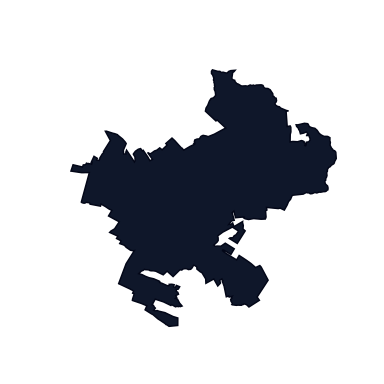 Zorleni, Vaslui, Romania (orthographic projection), rotated 300°
{"feature_id": "2599482B17229332090255", "entity_name": "Zorleni", "entity_type": "district", "adm_level": 2, "iso_a3": "ROU", "parent_name": "Romania", "parent_adm1": "Vaslui", "projection": "orthographic", "projection_center": [27.762, 46.269], "detail": "fine", "context": "isolated", "style": "filled", "palette": "ink", "viewbox_px": 384, "rotation_deg": 300, "n_neighbors": 0, "source": "geoboundaries", "source_scale": "gbopen_adm2", "svg_char_len": 6068}
<svg xmlns="http://www.w3.org/2000/svg" viewBox="0 0 384 384"><g transform="rotate(300 192 192)"><path d="M293.1,300.2L298.4,296.6L299.1,294.8L298.5,293.7L299.2,292.7L299.8,290.8L301.6,288.1L304.2,287.0L305.3,285.8L308.0,284.3L308.0,281.7L306.2,278.5L306.0,275.6L306.3,273.0L308.0,269.5L308.6,266.6L307.6,263.6L307.3,260.9L308.9,258.5L308.9,257.8L307.7,255.0L303.1,250.1L302.3,248.6L301.1,249.8L300.5,252.0L299.4,253.3L299.0,254.4L296.6,256.8L298.9,259.3L301.3,261.1L300.3,263.3L299.6,262.9L298.2,263.1L298.3,263.5L299.8,264.2L297.3,267.5L295.9,268.3L293.8,268.0L292.3,266.1L289.8,267.4L289.1,267.4L288.8,267.3L288.6,266.4L289.9,266.2L290.7,265.2L290.7,264.2L291.1,264.4L291.7,263.8L291.6,262.2L291.2,261.0L288.3,258.3L286.1,253.9L284.4,251.9L291.0,248.3L293.5,247.6L297.5,245.2L298.3,244.0L296.3,241.7L309.0,233.1L310.5,235.1L309.8,232.9L309.1,227.5L309.1,226.4L309.5,225.2L309.4,224.4L308.9,223.9L309.0,221.5L309.3,220.4L310.4,219.4L311.7,219.8L313.3,219.6L315.3,218.0L315.0,216.6L315.7,215.1L315.5,214.2L317.5,212.8L319.6,208.6L319.6,206.0L318.4,203.6L318.4,202.4L318.8,201.4L319.4,200.9L319.8,199.9L319.4,198.3L316.7,194.1L315.9,193.6L315.3,192.6L315.3,191.7L314.5,191.0L313.8,189.6L313.8,188.9L311.3,187.1L310.9,185.6L308.9,182.5L308.5,181.5L308.6,178.3L308.3,176.5L309.1,174.1L310.1,173.1L309.7,171.9L310.0,169.8L315.8,167.5L317.2,168.2L319.0,168.5L316.5,164.9L314.8,163.5L312.9,163.0L312.1,162.1L311.3,159.0L310.2,157.7L310.4,155.8L309.4,154.1L308.0,148.6L306.3,148.5L304.3,149.7L303.7,151.3L301.5,154.0L299.7,154.6L298.8,155.9L298.0,156.1L296.9,157.4L295.5,158.2L295.0,159.1L293.7,159.0L291.9,160.1L290.5,162.0L287.5,164.2L284.3,163.5L282.5,161.8L281.7,161.7L279.5,161.6L274.9,162.3L271.7,162.2L268.7,163.2L265.5,177.2L266.9,177.8L264.3,189.2L253.2,182.4L248.0,178.3L247.7,176.5L246.6,173.3L245.1,172.2L244.4,171.9L241.7,171.8L240.4,169.9L238.5,168.4L236.9,168.8L235.9,170.0L235.0,169.3L234.6,170.3L230.3,167.4L224.1,163.9L225.0,161.4L224.8,161.0L225.9,157.4L227.9,151.3L228.7,147.7L220.9,145.1L220.2,147.0L213.6,145.0L214.1,142.0L210.6,140.6L208.8,139.0L204.7,137.2L204.1,136.2L204.0,133.8L200.5,141.5L198.0,139.9L200.1,136.5L203.7,128.9L202.7,128.5L203.9,125.8L202.2,124.1L199.0,122.6L195.7,122.2L195.3,122.4L193.9,125.0L190.9,127.0L189.2,127.1L195.5,114.4L193.4,114.8L191.7,115.8L190.8,113.7L194.0,111.6L201.0,110.8L201.8,109.4L203.2,105.3L204.1,99.5L204.4,98.8L203.9,96.1L203.6,95.4L203.7,95.1L203.4,94.5L201.9,87.5L201.3,86.6L195.8,95.6L182.8,95.1L181.7,95.8L180.2,95.3L175.6,95.2L175.6,95.5L172.9,95.8L172.0,93.4L172.7,93.1L173.8,93.2L173.9,89.3L167.3,89.9L167.0,90.0L167.5,90.8L165.8,91.3L164.9,88.1L164.6,88.1L164.2,86.2L163.2,86.3L161.9,85.6L161.1,84.3L158.9,84.7L156.1,75.4L149.6,76.7L153.5,86.6L157.5,93.4L127.9,101.2L127.8,102.3L128.2,103.7L128.8,104.8L130.1,105.5L131.4,108.6L131.1,109.3L130.5,109.8L134.0,119.8L136.1,119.2L136.1,124.3L135.8,128.5L136.0,131.8L129.5,131.7L129.8,143.9L121.4,143.4L117.6,141.3L115.8,140.9L116.7,149.9L114.0,149.9L114.2,153.3L114.1,155.2L111.2,155.2L111.9,158.8L112.0,160.4L111.2,162.6L110.8,167.8L111.6,170.2L112.5,171.4L97.0,170.8L75.4,174.4L76.0,174.6L77.0,186.6L77.1,191.0L74.7,191.2L74.9,192.9L69.4,194.1L68.3,194.6L70.1,203.5L70.9,209.8L66.5,210.3L66.2,217.9L66.3,219.5L65.1,225.9L64.7,233.0L64.5,234.9L64.2,235.7L64.4,236.6L64.2,239.3L69.3,246.4L75.8,242.7L74.7,237.9L74.0,228.9L72.3,223.2L71.9,221.1L70.5,219.4L70.6,218.7L70.3,218.0L73.1,218.3L73.5,216.9L74.5,215.3L74.3,213.9L80.8,213.7L82.6,222.3L83.2,230.5L84.3,230.8L84.3,235.1L85.4,236.1L86.0,237.7L86.8,238.4L86.9,239.2L88.3,240.4L89.6,236.7L91.9,233.1L92.0,232.5L91.5,230.9L93.0,231.5L94.1,229.7L96.7,231.4L98.0,229.9L98.1,228.0L99.5,227.2L101.1,228.7L103.8,228.7L103.3,225.1L101.0,225.4L100.7,223.4L102.8,222.9L102.0,220.6L100.6,218.4L99.7,219.0L98.9,218.4L98.5,217.2L97.9,211.4L97.5,209.8L97.5,209.2L98.1,209.1L98.4,208.6L98.4,207.9L97.7,202.2L96.3,197.7L95.7,193.8L95.5,190.2L94.6,186.7L98.2,187.7L99.7,188.9L101.3,189.5L101.4,190.4L103.1,193.7L102.8,194.2L103.2,195.7L104.4,197.8L105.3,200.2L105.9,208.5L111.0,210.0L109.3,217.9L118.1,220.3L118.8,220.8L119.3,222.2L120.8,222.7L122.1,224.2L123.0,226.2L123.0,227.6L124.4,229.5L126.3,230.0L129.4,230.0L129.7,231.2L129.6,233.1L129.3,233.8L127.7,234.8L127.0,239.1L127.1,240.8L126.8,241.5L123.6,247.3L119.9,249.7L127.6,254.4L123.5,261.3L127.3,262.2L127.8,261.9L129.2,260.1L131.7,261.3L130.6,263.1L130.0,262.7L126.5,266.9L118.4,274.1L120.3,275.8L119.6,276.7L121.5,278.7L121.0,278.6L120.1,279.6L119.5,279.1L118.5,279.5L118.2,279.3L116.8,280.5L116.0,282.3L115.4,282.8L114.6,282.6L114.4,283.1L116.1,287.2L117.0,288.3L118.6,291.4L119.6,291.6L119.7,292.3L121.2,293.2L121.7,295.5L120.9,298.8L131.9,304.5L133.6,300.9L153.7,302.0L161.6,289.4L162.2,287.5L158.2,284.7L158.5,284.2L159.5,279.1L160.1,273.4L160.6,264.6L155.5,264.6L155.8,252.2L156.3,247.8L157.2,247.6L157.6,248.0L157.4,256.9L163.9,257.0L164.3,246.4L159.6,244.2L157.6,240.6L156.7,239.5L156.6,238.5L156.9,237.4L161.2,238.8L163.1,238.9L165.3,237.6L166.8,236.2L172.6,238.7L181.8,244.5L181.5,251.3L180.5,251.9L176.9,251.5L175.2,250.4L172.9,250.3L171.3,247.9L170.4,247.5L170.1,256.9L184.9,257.5L185.5,254.8L185.9,254.4L188.6,253.2L191.0,250.9L191.7,250.6L183.4,245.9L183.2,245.6L183.9,244.6L185.5,242.7L183.2,241.9L182.9,240.6L182.4,240.1L186.8,240.7L188.6,242.7L194.2,237.1L196.4,237.8L191.5,242.6L195.8,248.6L195.6,248.9L196.3,249.9L195.3,250.2L195.4,251.5L196.5,254.8L199.8,258.6L203.0,265.5L205.2,268.9L206.0,268.4L206.3,268.9L207.4,268.6L212.5,265.1L213.8,265.9L215.9,264.2L220.8,275.0L222.1,276.4L222.5,281.0L228.4,280.9L231.9,280.4L234.9,281.0L238.7,280.5L239.7,281.0L245.8,289.4L248.9,291.3L248.9,292.1L249.8,294.0L249.6,295.2L249.8,295.7L250.8,297.0L253.0,298.6L253.6,300.6L255.4,302.1L256.3,303.7L258.3,306.0L258.8,307.0L260.0,307.9L261.1,308.1L261.8,308.6L263.5,307.8L265.0,306.4L265.6,303.8L266.3,302.8L267.9,301.5L269.1,301.9L270.4,301.1L271.9,301.1L273.7,300.7L276.2,298.9L277.6,298.9L279.3,298.0L281.6,298.1L283.2,299.1L284.7,299.2L287.2,300.6L288.4,300.7L289.5,300.3L293.1,300.2Z" fill="#0f172a" stroke="#020617" stroke-width="1.5"/></g></svg>